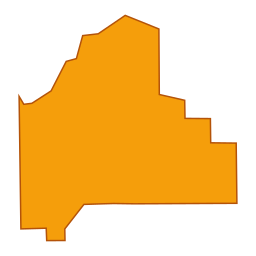 Scott, Indiana, United States of America (Robinson projection)
{"feature_id": "52423323B28319824001651", "entity_name": "Scott", "entity_type": "district", "adm_level": 2, "iso_a3": "USA", "parent_name": "United States of America", "parent_adm1": "Indiana", "projection": "robinson", "projection_center": [-85.762, 38.697], "detail": "fine", "context": "isolated", "style": "filled", "palette": "amber", "viewbox_px": 256, "rotation_deg": 0, "n_neighbors": 0, "source": "geoboundaries", "source_scale": "gbopen_adm2", "svg_char_len": 431}
<svg xmlns="http://www.w3.org/2000/svg" viewBox="0 0 256 256"><path d="M19.1,96.4L20.9,228.9L46.2,228.2L46.7,240.6L65.0,240.5L64.8,228.9L83.9,204.4L103.0,203.8L113.7,203.5L134.4,203.8L236.9,203.3L236.2,143.1L210.7,142.8L210.4,118.6L185.0,118.4L184.7,100.3L159.3,94.5L158.9,29.0L125.2,15.4L98.2,33.8L82.7,35.6L76.4,58.6L66.2,61.4L51.1,90.9L31.9,103.3L23.8,104.3L19.1,96.4Z" fill="#f59e0b" stroke="#b45309" stroke-width="1.5"/></svg>